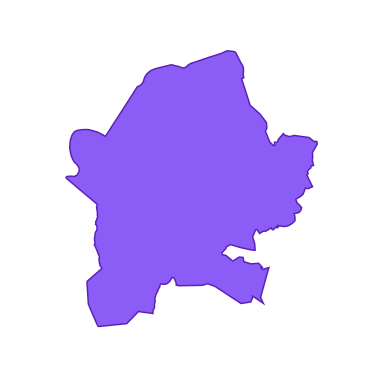 Kota Jambi, Jambi, Indonesia, rotated 341°
{"feature_id": "22746128B99667418524197", "entity_name": "Kota Jambi", "entity_type": "district", "adm_level": 2, "iso_a3": "IDN", "parent_name": "Indonesia", "parent_adm1": "Jambi", "projection": "mercator", "projection_center": [103.597, -1.621], "detail": "fine", "context": "isolated", "style": "filled", "palette": "violet", "viewbox_px": 384, "rotation_deg": 341, "n_neighbors": 0, "source": "geoboundaries", "source_scale": "gbopen_adm2", "svg_char_len": 5791}
<svg xmlns="http://www.w3.org/2000/svg" viewBox="0 0 384 384"><g transform="rotate(341 192 192)"><path d="M211.3,64.8L206.1,64.2L205.6,64.2L201.0,63.8L198.5,63.6L197.1,63.5L195.5,63.6L193.9,63.7L193.0,63.8L191.8,64.0L190.3,64.6L189.0,65.1L187.9,65.6L186.7,66.4L185.9,67.1L185.2,67.6L184.5,68.2L183.7,69.3L182.8,70.6L182.2,71.3L181.0,72.5L180.3,73.1L179.5,73.6L178.5,74.0L177.6,74.4L176.6,74.7L174.9,74.6L174.5,74.7L174.3,74.9L160.8,85.6L147.7,95.9L142.8,99.8L141.8,100.5L130.5,109.5L129.6,110.1L128.4,111.0L128.2,111.1L127.7,110.7L127.4,110.4L127.2,110.1L126.7,109.6L126.3,108.9L125.8,108.3L125.0,107.5L123.7,106.2L122.7,105.1L122.4,104.9L121.3,104.0L120.0,103.1L119.0,102.3L117.6,101.4L116.6,100.7L115.8,100.2L114.6,99.4L113.7,99.0L112.8,98.7L108.6,97.3L104.3,96.5L103.3,96.4L102.5,96.5L101.7,96.6L101.0,96.6L100.4,96.8L99.8,97.2L98.7,98.0L97.1,99.2L96.5,99.9L96.0,100.5L95.6,101.1L95.2,101.8L94.6,102.5L93.9,103.4L93.3,104.5L92.7,105.8L92.2,107.0L91.7,108.4L91.2,109.3L91.0,110.3L90.6,111.1L90.4,112.2L89.9,115.6L89.8,116.8L89.7,118.6L89.7,119.7L89.7,120.6L89.9,122.0L90.1,123.8L90.4,125.3L91.9,127.9L92.6,130.2L93.0,132.9L92.4,134.9L91.6,136.0L90.2,137.4L88.8,138.7L87.4,138.8L85.5,139.0L83.7,138.0L81.3,137.2L79.6,136.8L78.8,136.7L78.2,136.8L77.7,137.2L77.6,137.6L77.7,138.1L86.8,153.5L89.8,158.4L91.4,161.1L98.2,172.4L98.3,172.7L98.1,173.2L97.7,174.0L96.9,175.1L96.4,177.6L95.8,180.7L95.8,181.3L95.5,182.0L95.2,182.5L94.9,183.1L94.8,183.8L94.7,184.2L94.7,184.5L94.7,185.1L94.1,185.7L93.3,186.2L93.3,186.9L92.4,187.8L91.4,188.4L91.2,189.4L90.2,191.3L91.0,192.0L91.0,192.8L90.9,193.4L90.7,194.4L90.4,195.4L89.9,196.4L89.3,197.4L88.3,198.0L87.5,198.9L86.9,199.8L86.3,201.0L85.9,202.1L85.2,203.1L84.5,204.5L84.4,204.9L84.3,205.4L84.1,206.0L84.1,206.5L84.0,207.2L84.0,207.6L84.0,207.8L83.9,208.1L83.3,209.0L82.6,210.0L82.4,210.3L82.4,210.7L82.5,211.0L82.6,211.4L82.7,211.8L82.9,213.4L82.9,214.0L83.1,216.3L83.2,218.3L83.2,220.7L83.3,221.6L83.4,222.6L83.4,223.0L83.4,223.3L83.2,223.7L82.9,224.1L82.4,224.6L82.2,224.9L82.1,225.4L82.0,225.9L82.0,227.1L81.7,227.7L81.5,228.2L81.4,228.8L81.3,229.4L81.4,229.9L81.3,230.3L81.2,230.9L81.1,231.3L81.1,231.7L81.2,232.1L81.5,232.7L81.7,233.2L81.9,233.8L81.9,234.2L81.9,234.6L81.8,234.8L81.6,235.0L81.2,235.2L64.8,241.9L64.0,242.2L63.6,242.5L63.3,243.2L60.1,254.8L57.7,263.5L57.5,264.5L57.6,265.1L57.7,268.3L59.0,284.8L59.2,286.4L59.2,287.1L59.3,287.6L59.4,288.0L59.5,288.3L59.7,288.6L60.0,288.8L87.4,295.2L102.4,287.6L115.5,294.1L115.5,293.8L115.7,293.3L116.0,292.6L116.3,291.9L116.6,291.4L116.9,290.9L117.1,290.7L117.5,290.4L118.0,290.0L118.3,289.8L118.6,289.4L118.8,289.1L118.9,288.8L119.1,288.5L119.3,288.1L119.5,287.5L119.6,286.9L119.8,286.2L120.1,285.6L120.4,285.1L120.8,284.6L121.1,284.3L121.3,284.1L121.5,283.8L121.5,283.5L121.7,282.9L122.1,281.2L122.3,280.7L122.5,280.3L123.2,279.2L123.5,278.7L123.8,278.2L124.8,277.0L125.3,276.5L125.8,276.0L126.2,275.5L126.9,274.9L127.5,274.2L128.1,273.6L128.5,273.1L129.0,272.4L129.4,272.2L130.1,271.7L130.6,271.2L130.8,270.9L131.0,270.6L131.1,270.2L131.4,269.6L131.7,269.3L131.9,269.2L132.1,269.1L132.4,268.8L132.8,269.0L133.6,269.3L134.6,269.7L135.4,270.1L136.9,270.5L139.1,270.4L141.5,269.4L142.0,269.0L142.6,268.7L143.8,267.7L145.3,266.4L147.1,267.6L147.4,273.3L146.8,275.0L149.2,276.4L170.4,283.3L171.5,283.6L173.7,283.7L175.5,283.7L176.4,283.7L176.9,283.8L182.9,288.6L202.1,313.4L211.6,315.1L214.9,311.7L215.4,310.1L223.2,320.5L222.5,314.0L240.1,288.4L234.8,288.3L233.6,288.3L232.5,286.3L234.0,286.3L231.8,281.1L224.4,279.2L218.3,274.7L219.0,270.5L215.9,269.1L215.4,268.9L215.0,269.0L214.3,269.1L208.8,270.5L208.4,270.4L208.0,270.3L207.8,270.1L207.5,269.7L203.9,263.7L203.1,262.8L200.2,261.1L200.4,260.4L200.5,259.4L202.9,257.9L205.4,256.7L205.9,256.2L206.2,255.6L206.8,255.1L207.6,254.9L208.2,254.8L209.5,254.7L210.6,254.1L211.6,254.5L219.9,260.4L220.4,260.8L220.5,260.8L229.6,266.3L232.7,267.6L234.4,261.7L234.8,253.9L240.0,248.4L240.4,248.4L240.9,248.5L241.2,248.8L242.4,253.2L246.9,252.2L248.0,252.7L249.0,253.1L255.3,251.7L255.6,253.7L257.0,254.1L258.5,253.0L260.5,252.3L260.8,253.6L262.6,252.9L262.4,251.7L266.2,253.9L268.1,254.7L270.1,255.1L272.5,255.2L274.8,254.7L276.8,254.2L279.9,252.8L280.6,251.2L281.1,249.3L281.4,247.6L281.4,245.8L286.4,246.2L288.7,244.9L289.7,243.7L290.6,242.4L289.9,241.0L289.0,238.5L287.6,236.3L287.9,234.6L287.6,233.4L287.9,232.6L293.2,231.5L296.4,230.2L300.4,225.3L302.9,226.6L307.7,226.3L306.6,217.8L306.2,213.1L307.8,212.5L307.7,210.5L308.8,209.3L309.8,208.7L312.1,207.9L312.9,206.3L315.6,206.4L316.1,201.0L317.5,198.3L318.7,194.0L318.9,193.7L325.9,187.6L326.5,185.1L326.2,184.6L325.6,184.4L323.9,184.2L320.4,178.6L318.8,177.8L307.3,171.9L302.1,171.3L298.3,168.5L297.4,166.5L290.5,170.5L289.6,172.5L287.8,172.4L286.1,171.8L285.5,175.5L285.5,175.4L283.8,173.9L283.5,173.3L282.2,170.8L281.8,170.1L281.8,169.5L281.8,169.4L281.2,158.6L282.2,157.4L283.6,155.9L285.0,150.6L281.7,140.5L278.2,134.2L275.3,129.2L275.3,128.9L275.2,128.7L275.8,100.9L278.0,101.0L278.1,100.8L278.2,100.5L278.4,99.5L278.5,98.9L278.5,98.3L278.8,97.4L279.0,96.8L279.5,95.7L280.4,93.4L280.9,91.7L281.0,90.9L281.1,89.7L280.9,89.0L280.8,88.1L280.7,87.6L280.6,87.1L280.5,86.4L280.3,85.6L280.2,85.0L280.1,84.7L278.8,75.0L278.7,74.5L278.5,74.1L278.3,73.6L277.5,73.0L276.9,72.6L272.6,70.6L271.4,70.1L270.9,70.0L270.6,69.9L269.8,70.0L269.1,70.0L268.0,70.2L267.2,70.2L266.3,70.4L264.2,70.5L259.9,70.4L251.4,70.2L243.6,70.2L240.8,70.2L236.0,70.1L234.7,70.1L232.9,70.0L232.3,70.1L231.3,70.3L230.5,70.5L229.8,70.7L228.6,71.2L226.4,72.1L225.5,72.1L224.8,72.0L224.0,71.8L223.2,71.4L222.3,70.7L221.4,70.0L221.2,69.8L221.1,69.7L220.6,69.2L219.2,68.3L218.3,67.8L217.4,67.3L216.4,66.6L215.5,65.9L214.4,65.3L213.8,65.0L212.9,64.8L212.2,64.7L211.3,64.8Z" fill="#8b5cf6" stroke="#5b21b6" stroke-width="1.5"/></g></svg>